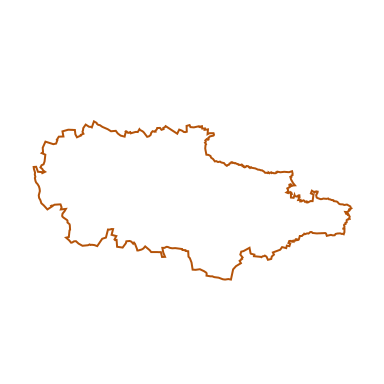 San Andres De Sotavento, Córdoba, Colombia, rotated 74°
{"feature_id": "7082276B77383139939829", "entity_name": "San Andres De Sotavento", "entity_type": "district", "adm_level": 2, "iso_a3": "COL", "parent_name": "Colombia", "parent_adm1": "Córdoba", "projection": "orthographic", "projection_center": [-75.512, 9.134], "detail": "fine", "context": "isolated", "style": "outline", "palette": "amber", "viewbox_px": 384, "rotation_deg": 74, "n_neighbors": 0, "source": "geoboundaries", "source_scale": "gbopen_adm2", "svg_char_len": 6015}
<svg xmlns="http://www.w3.org/2000/svg" viewBox="0 0 384 384"><g transform="rotate(74 192 192)"><path d="M107.8,312.1L103.2,319.0L108.3,323.3L112.6,324.2L113.2,325.7L115.7,322.7L122.0,325.3L124.5,327.1L124.8,329.2L126.6,330.9L128.5,329.6L130.4,329.1L132.1,327.7L132.6,330.7L131.5,330.8L130.1,334.5L124.8,334.9L124.3,337.3L126.4,337.6L130.0,337.5L131.9,338.3L134.3,338.4L135.2,339.2L138.5,339.4L140.0,339.2L141.8,338.3L144.4,337.6L146.8,337.6L149.2,338.0L152.9,340.2L155.5,340.6L158.1,340.0L161.3,339.9L164.0,338.2L168.9,335.8L167.4,330.9L166.5,331.2L166.4,330.4L167.1,330.1L166.3,327.8L167.3,323.2L167.7,321.8L170.8,321.6L172.6,322.9L173.5,317.9L175.4,319.9L177.1,322.4L178.9,323.3L179.8,323.4L180.9,322.8L184.6,319.8L185.4,319.6L187.0,320.1L189.0,318.7L190.1,318.6L194.7,319.6L195.1,320.3L201.3,322.8L201.2,325.6L204.6,323.4L207.4,322.2L207.5,321.0L206.9,319.0L207.3,317.1L210.3,315.3L213.5,312.1L214.5,306.6L214.2,304.8L214.9,304.3L215.1,302.9L216.1,300.5L217.9,298.0L212.2,291.2L212.1,287.3L204.9,283.1L205.4,281.7L205.4,279.6L205.9,278.1L211.0,281.1L213.5,276.9L216.3,279.6L217.1,279.1L217.3,277.7L224.0,279.1L226.3,274.0L223.0,269.7L221.3,268.7L221.9,265.4L223.0,264.0L225.5,262.8L224.7,261.7L226.1,261.1L231.5,260.6L233.1,260.7L233.4,259.8L233.4,256.2L232.9,254.3L231.4,252.0L236.3,248.7L238.5,247.8L241.2,238.5L246.2,238.7L246.9,235.8L242.3,236.3L237.5,235.9L238.1,233.8L237.7,231.7L238.1,230.5L239.7,228.5L240.7,226.4L241.3,223.6L244.1,217.2L245.1,217.2L246.1,214.3L246.9,214.4L247.9,212.0L253.2,213.2L255.0,212.3L259.7,211.9L266.8,212.8L267.8,210.0L268.4,205.7L271.5,202.2L273.5,200.5L274.5,200.4L276.4,201.1L278.2,197.4L278.6,195.8L280.0,194.0L281.7,190.0L284.4,186.4L285.3,184.3L285.7,181.1L286.9,178.7L277.7,173.8L275.4,170.1L273.9,164.6L271.3,165.2L270.2,162.4L269.6,162.6L268.9,161.4L265.5,162.8L262.9,161.1L263.0,158.8L261.5,152.1L267.1,152.6L267.5,152.5L269.4,149.3L270.8,150.1L273.3,143.8L273.8,143.3L273.3,141.8L273.5,140.4L273.2,139.5L274.7,138.2L278.1,137.7L278.2,134.3L276.0,133.1L274.8,130.5L272.4,130.9L271.8,123.1L269.8,120.6L271.9,116.9L269.7,115.6L270.9,113.3L268.5,111.7L267.6,113.3L265.9,112.0L266.2,110.6L267.3,109.3L266.8,108.9L267.8,107.9L266.8,107.3L267.2,106.4L266.1,105.4L266.7,104.6L268.0,104.5L266.5,104.0L267.3,102.8L266.8,102.2L264.0,100.5L264.6,98.5L263.8,97.2L263.7,96.3L263.0,95.6L263.7,94.8L263.5,92.7L264.1,91.4L263.1,89.3L263.5,88.0L264.6,87.4L266.2,83.5L268.2,75.2L268.9,74.6L271.3,74.5L271.5,70.3L272.5,68.6L272.9,66.8L271.9,65.5L272.0,63.6L272.6,61.0L273.7,59.4L273.7,58.5L274.4,57.8L272.7,56.6L269.5,55.6L269.0,56.7L268.7,56.6L268.5,55.5L267.4,55.0L265.7,55.0L265.2,54.4L265.1,53.2L264.0,53.0L263.8,51.7L261.7,51.1L261.2,50.0L261.5,49.2L260.9,48.7L261.2,47.9L260.3,47.9L259.2,47.2L254.8,48.2L254.3,48.1L254.7,48.7L256.7,48.1L256.8,48.6L255.8,48.7L255.5,49.8L253.4,50.2L254.0,48.6L253.3,45.9L252.8,45.3L252.2,45.9L251.9,45.7L251.9,44.1L251.6,43.4L251.2,43.8L249.5,43.8L246.8,46.5L246.4,49.3L245.5,50.4L244.6,53.0L243.7,54.0L241.7,54.9L241.0,55.6L239.8,58.3L239.0,58.3L238.6,58.8L238.1,60.2L237.3,61.0L236.7,62.4L235.8,62.8L235.7,64.5L234.5,67.6L234.6,69.1L234.3,70.4L232.2,73.3L231.3,73.7L229.2,73.5L227.2,71.5L226.3,71.1L225.7,72.3L226.0,72.7L225.6,73.5L226.2,74.3L223.8,76.4L226.1,78.1L227.9,75.9L234.0,78.6L233.4,80.6L234.0,83.6L233.8,84.0L233.3,84.0L233.4,84.7L232.6,84.7L232.6,86.1L231.2,86.6L230.7,87.3L231.2,89.5L230.9,90.4L230.0,89.7L229.5,89.7L229.0,92.1L227.8,91.1L226.5,91.0L226.7,90.1L224.8,89.7L224.6,90.6L225.2,92.0L225.1,92.9L224.2,94.3L223.2,94.3L225.6,95.9L224.6,98.4L221.6,97.6L221.5,96.6L220.0,96.7L219.4,97.3L219.9,97.5L220.6,97.1L220.8,97.5L219.2,98.4L219.0,98.8L219.6,99.9L218.5,101.3L218.0,99.8L216.6,99.1L214.8,99.4L214.3,96.8L211.8,96.4L211.7,95.0L212.6,94.6L213.7,95.4L213.7,94.3L213.4,94.1L214.0,91.2L211.2,92.4L207.4,93.3L204.7,93.3L204.9,92.3L203.6,91.8L203.5,90.7L201.9,90.2L199.6,90.1L199.7,93.3L198.0,97.8L197.4,101.6L196.0,104.3L196.4,104.6L196.2,105.3L196.7,105.4L197.0,106.3L196.6,108.0L195.8,109.1L195.8,110.2L194.9,110.5L195.2,112.2L194.4,112.9L194.9,113.0L194.5,113.5L194.7,114.0L194.1,114.9L193.7,116.4L192.3,117.1L190.4,118.8L190.2,119.7L189.2,121.0L188.7,122.4L186.8,124.6L185.1,128.1L184.5,128.4L184.9,129.5L184.0,129.8L184.1,130.3L183.7,130.6L182.8,130.8L182.2,132.0L182.0,132.5L182.8,133.6L182.8,134.6L182.2,135.4L181.4,135.1L181.0,135.3L180.9,136.4L179.7,136.3L179.3,136.6L179.4,138.3L178.8,139.0L178.7,139.8L177.8,140.1L177.1,141.5L176.2,142.2L176.2,143.0L175.5,143.7L175.4,144.7L174.6,145.0L174.2,146.0L175.1,146.9L174.9,148.0L176.0,149.1L175.9,150.5L176.4,151.0L176.4,151.4L174.7,152.6L173.0,153.3L171.7,155.7L170.5,156.7L170.4,158.7L169.0,160.2L168.9,161.6L166.2,162.6L164.2,164.2L162.5,164.3L160.9,165.9L160.1,167.9L153.8,167.3L150.7,166.1L150.0,165.3L148.2,165.9L148.0,165.3L147.2,164.8L146.1,165.0L145.2,163.3L146.2,162.3L146.1,161.7L145.6,161.3L144.5,161.4L143.5,159.4L143.7,155.8L143.1,155.1L141.4,155.1L140.3,159.1L140.7,161.1L136.2,159.4L135.7,162.7L134.5,162.1L133.8,164.7L131.5,164.3L131.4,165.9L131.9,166.3L131.5,167.1L130.7,167.3L130.4,172.4L129.2,175.6L127.0,175.9L127.0,179.0L132.6,180.4L132.6,181.9L132.1,183.2L130.2,184.8L128.5,187.1L131.9,190.1L121.4,199.2L122.2,200.2L122.5,201.9L123.7,202.0L123.8,204.2L121.6,205.1L120.9,207.8L122.2,208.7L123.1,210.5L123.9,210.4L123.8,211.3L122.7,213.1L123.8,214.8L125.8,216.1L126.6,218.0L126.6,219.9L121.4,221.9L120.0,222.8L118.1,224.8L117.1,225.2L119.4,227.6L118.7,229.6L118.7,234.3L118.4,234.2L118.1,234.9L117.4,234.9L117.4,235.3L117.9,235.3L117.5,237.2L115.6,238.3L115.4,239.0L115.7,239.3L116.4,238.9L117.5,240.0L120.2,241.5L118.1,245.1L115.3,247.2L112.2,248.4L111.3,253.1L108.4,255.7L104.7,260.2L102.4,262.1L101.6,263.6L100.4,264.5L99.2,264.7L97.1,266.8L102.3,270.5L101.4,271.5L101.0,272.9L97.9,275.6L100.6,278.9L102.5,279.7L104.0,280.7L106.1,280.3L106.4,283.1L107.1,283.1L107.7,287.5L104.4,288.2L100.1,287.5L98.0,293.8L98.0,299.8L103.2,300.3L102.1,304.8L104.5,307.5L105.0,307.1L108.0,309.3L107.8,312.1Z" fill="none" stroke="#b45309" stroke-width="2"/></g></svg>